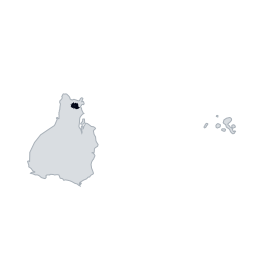 Paltas, Loja, Ecuador shown in context, rotated 168°
{"feature_id": "8360857B19688519580687", "entity_name": "Paltas", "entity_type": "district", "adm_level": 2, "iso_a3": "ECU", "parent_name": "Ecuador", "parent_adm1": "Loja", "projection": "robinson", "projection_center": [-79.812, -4.002], "detail": "fine", "context": "in_parent", "style": "filled", "palette": "ink", "viewbox_px": 256, "rotation_deg": 168, "n_neighbors": 0, "source": "geoboundaries", "source_scale": "gbopen_adm2", "svg_char_len": 5326}
<svg xmlns="http://www.w3.org/2000/svg" viewBox="0 0 256 256"><g transform="rotate(168 128 128)"><path d="M232.8,103.9L232.1,104.4L230.3,104.6L228.9,104.1L228.4,104.1L228.3,104.6L230.1,105.9L231.0,108.3L232.2,109.7L233.0,110.4L233.1,110.9L232.8,111.8L232.8,112.6L233.2,116.2L232.9,116.4L231.9,116.4L231.2,115.8L229.1,124.6L222.4,133.3L214.9,139.5L206.1,143.1L199.7,145.6L198.7,146.6L195.6,151.0L195.4,151.4L195.9,152.2L195.9,152.7L195.4,153.0L195.0,153.0L194.8,152.8L194.7,152.2L194.3,151.7L193.8,151.5L193.5,151.7L193.5,152.2L192.8,154.5L192.8,155.7L192.5,156.1L192.5,157.2L191.9,158.1L191.4,159.7L190.9,160.2L190.2,162.7L189.2,165.2L189.1,166.0L189.4,166.6L189.5,167.1L189.1,168.6L186.9,170.1L186.3,170.8L186.0,171.6L186.2,172.3L186.1,172.9L185.4,173.1L184.7,174.5L184.1,174.8L182.7,174.3L181.7,174.3L180.9,173.9L179.3,171.5L178.7,170.2L178.5,168.2L176.9,167.0L174.9,167.3L174.3,166.9L172.8,166.1L171.5,165.2L170.5,164.7L169.8,164.9L168.5,166.5L167.4,167.2L166.9,167.1L166.2,166.7L166.0,166.1L167.8,163.4L166.5,163.4L166.0,162.8L166.0,162.1L165.8,161.4L166.0,160.6L166.7,160.1L167.7,160.5L168.4,160.5L168.9,159.7L169.8,159.1L170.0,158.6L169.5,157.3L169.4,156.6L169.5,156.2L169.5,154.8L169.2,154.3L169.1,153.5L168.9,153.0L168.8,152.1L168.1,151.5L170.2,150.6L171.0,149.9L171.9,149.2L172.8,148.2L173.3,147.2L174.6,142.7L175.7,139.8L175.5,138.4L174.6,136.6L174.3,133.8L174.4,133.0L174.3,132.4L173.7,133.5L173.8,137.5L173.2,139.3L172.4,139.8L171.9,139.5L172.2,136.5L171.6,137.0L170.7,139.0L169.1,140.5L169.0,141.0L168.6,141.6L167.4,141.1L166.5,140.5L163.5,137.1L161.5,136.4L160.3,135.3L160.1,134.8L159.9,134.1L161.2,133.4L162.4,132.5L162.5,130.4L162.5,128.8L161.6,126.0L162.0,122.4L161.8,121.0L160.7,118.0L161.5,116.5L164.3,115.4L165.2,114.6L165.8,112.3L166.4,110.8L167.7,111.4L168.7,111.3L167.3,110.8L166.3,108.7L166.1,107.7L168.2,104.7L169.2,104.0L170.6,102.4L171.7,100.1L172.0,96.4L171.5,93.7L171.2,90.9L171.8,90.2L173.5,89.8L174.9,88.9L175.6,88.1L177.2,88.2L179.1,86.9L182.2,86.3L186.4,84.8L187.3,83.5L186.9,81.2L188.5,82.6L189.2,83.7L191.4,84.9L193.9,87.1L195.6,88.3L197.5,89.3L200.1,90.3L201.7,90.2L202.4,91.8L203.0,92.3L204.6,92.9L204.8,93.1L205.3,96.2L205.7,96.6L207.0,97.1L208.6,97.3L209.3,97.2L210.7,98.0L213.0,98.7L213.7,98.8L214.1,98.7L214.2,98.4L214.9,98.4L215.9,98.8L217.2,98.9L218.1,98.5L218.3,96.8L218.6,96.4L219.6,95.8L220.1,95.9L222.7,97.3L223.3,97.8L223.9,98.7L225.1,100.1L226.5,101.0L228.5,101.4L230.5,102.9L232.8,103.9ZM27.7,102.0L28.5,102.9L28.9,105.6L31.5,108.4L31.8,110.0L31.6,110.7L31.7,111.0L33.0,112.1L33.8,113.3L32.4,116.0L29.5,117.1L26.4,117.1L25.8,116.8L25.0,115.8L24.9,114.8L25.3,113.9L26.9,112.6L29.3,111.4L29.6,110.4L28.7,109.5L28.0,107.8L26.4,106.5L25.7,102.7L25.2,102.5L24.1,103.0L23.6,102.5L23.5,102.3L24.6,101.4L24.9,100.8L26.5,100.5L27.3,101.0L27.7,102.0ZM39.7,113.5L39.1,113.6L37.1,112.2L37.2,110.8L38.0,109.8L40.6,109.4L41.6,110.2L41.6,111.9L40.7,113.1L40.0,113.3L39.7,113.5ZM170.6,145.5L170.4,146.1L169.1,146.0L168.8,145.8L169.1,143.2L169.4,142.3L170.4,141.5L171.2,141.1L172.3,141.2L173.5,141.9L172.1,143.3L171.1,143.7L170.6,145.5ZM25.7,109.0L24.4,109.3L23.4,108.8L22.9,108.0L22.8,106.8L22.9,106.5L25.3,106.0L26.1,107.0L26.1,108.4L25.7,109.0ZM51.5,115.6L50.0,116.2L49.1,115.6L49.1,115.2L49.9,114.3L50.7,113.9L51.4,112.8L52.8,112.2L53.2,112.3L53.4,112.6L53.5,112.9L53.1,113.7L52.3,114.3L51.5,115.6ZM36.6,107.2L36.1,107.6L33.6,107.1L32.9,106.3L33.5,105.1L34.0,104.7L35.4,105.1L36.9,106.4L36.6,107.2ZM38.6,121.8L38.1,121.8L37.4,121.2L37.9,120.1L38.9,120.7L39.2,121.1L38.6,121.8ZM186.3,84.1L185.5,84.2L185.2,83.5L186.1,82.7L186.4,82.6L186.3,84.1Z" fill="#d9dde1" stroke="#a8b0b8" stroke-width="1"/><path d="M173.9,157.8L173.7,157.9L173.4,157.9L173.2,157.9L173.1,158.0L172.9,157.9L172.8,158.0L172.7,158.0L172.4,158.2L172.3,158.3L172.4,158.5L172.4,158.4L172.5,158.4L172.5,158.5L172.4,158.5L172.5,158.6L172.7,158.8L172.8,158.8L173.0,158.9L173.0,159.0L173.2,159.3L173.3,159.3L173.3,159.2L173.5,159.2L173.4,159.3L173.5,159.3L173.4,159.4L173.4,159.5L173.5,159.7L173.4,159.8L173.5,159.9L173.5,160.0L173.6,160.4L173.8,160.4L173.8,160.5L173.9,160.9L173.6,160.9L173.5,161.0L173.4,161.0L173.2,161.0L173.2,160.9L173.0,160.7L172.9,160.7L172.8,160.8L172.7,160.8L172.6,161.0L172.6,161.3L172.7,161.2L172.8,161.2L172.8,161.3L172.9,161.5L173.0,161.5L173.3,161.5L173.5,161.8L173.6,162.0L173.7,162.3L173.8,162.3L173.9,162.5L174.0,162.4L174.0,162.5L174.3,162.6L174.4,162.4L174.5,162.3L174.7,162.2L174.8,162.1L175.0,162.2L175.0,162.3L175.4,162.5L175.5,162.5L175.8,162.5L176.0,162.7L176.1,162.8L176.3,162.9L176.3,163.0L176.4,162.9L176.5,162.9L176.8,162.9L176.8,163.0L177.0,163.1L177.3,163.0L177.4,162.9L177.4,162.7L177.5,162.7L177.5,162.4L177.6,162.2L177.8,162.1L177.7,162.0L177.8,162.0L177.7,161.9L177.8,161.9L178.0,161.8L178.1,161.7L178.3,161.5L178.3,161.4L178.4,161.2L178.5,161.0L178.5,160.9L178.4,160.8L178.4,160.7L178.5,160.7L178.4,160.4L178.1,160.2L177.9,160.0L177.7,160.1L177.4,160.0L177.4,159.9L177.2,159.9L177.0,160.0L176.9,160.0L176.7,159.9L176.7,159.7L176.4,159.5L176.4,159.4L176.3,159.5L176.2,159.5L176.0,159.4L176.0,159.2L175.8,159.2L175.7,159.0L175.7,158.9L175.7,159.1L175.4,159.3L175.1,159.3L175.1,159.2L175.0,158.9L175.0,158.7L174.9,158.6L174.9,158.4L174.7,158.2L174.8,158.2L174.7,158.0L174.4,158.0L174.3,157.9L174.2,157.9L173.9,157.8Z" fill="#0f172a" stroke="#020617" stroke-width="1.5"/></g></svg>